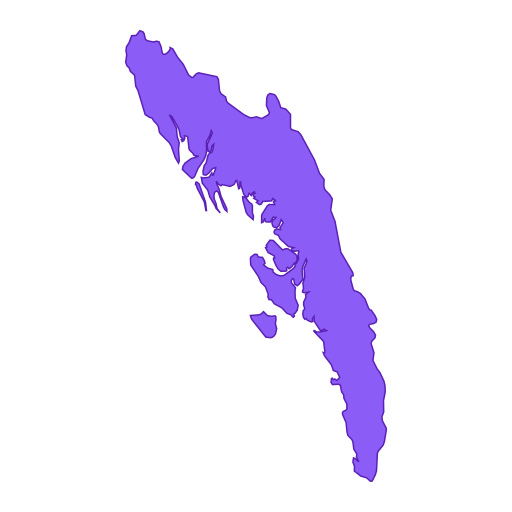 Rakhine, Robinson projection
{"feature_id": "MMR-3273", "entity_name": "Rakhine", "entity_type": "State", "adm_level": 1, "iso_a3": "MMR", "parent_name": "Myanmar", "parent_adm1": "", "projection": "robinson", "projection_center": [93.662, 19.414], "detail": "fine", "context": "isolated", "style": "filled", "palette": "violet", "viewbox_px": 512, "rotation_deg": 0, "n_neighbors": 0, "source": "natural_earth", "source_scale": "10m", "svg_char_len": 6086}
<svg xmlns="http://www.w3.org/2000/svg" viewBox="0 0 512 512"><path d="M163.4,54.3L165.3,54.2L167.6,52.6L169.4,50.5L170.3,48.7L170.1,47.6L172.8,48.9L177.6,57.3L183.3,64.4L188.6,75.0L191.8,77.5L193.0,77.3L196.3,73.8L198.5,72.8L216.9,76.7L218.4,79.4L219.5,90.5L220.3,92.4L221.1,93.8L225.6,97.0L226.4,100.8L227.7,102.8L243.6,114.5L249.5,117.5L252.0,117.8L256.5,116.8L261.7,118.6L268.3,114.8L269.5,112.8L266.4,105.5L266.8,97.7L267.9,94.9L270.0,93.5L274.4,94.6L275.8,96.0L278.6,101.1L280.8,107.7L285.7,109.0L290.5,114.4L290.5,127.7L291.4,129.5L298.1,131.7L300.8,134.6L314.5,160.0L319.5,173.3L324.1,179.4L323.8,186.3L325.0,189.8L329.9,194.9L332.3,199.0L330.7,210.2L335.0,221.3L340.8,252.1L352.8,272.7L353.2,275.7L351.6,276.1L350.9,277.4L350.8,280.0L353.2,289.1L354.4,290.8L357.3,291.6L360.4,293.4L365.0,299.0L368.5,308.0L370.0,310.1L371.2,310.1L375.3,316.1L376.7,319.7L376.0,322.3L373.2,323.7L370.1,324.1L368.7,325.6L369.5,327.5L373.7,331.8L375.5,335.1L375.0,337.8L372.0,341.0L371.0,343.2L374.0,352.8L372.9,360.5L377.2,369.0L379.9,372.5L384.0,381.3L385.0,385.8L385.2,392.0L383.5,400.7L383.7,412.0L382.0,416.5L382.0,418.2L382.5,421.0L386.3,428.3L386.3,430.2L384.4,441.6L383.1,445.2L378.2,451.3L377.4,453.3L376.5,470.7L375.4,474.6L372.2,481.0L370.5,481.3L366.6,477.8L360.8,476.1L354.3,471.0L354.5,466.3L352.9,462.1L353.5,457.9L355.1,458.5L358.8,461.9L356.4,456.6L356.9,454.2L353.8,449.1L352.9,441.9L351.9,439.6L347.9,435.4L347.0,432.0L346.1,422.6L342.7,414.8L342.4,413.2L343.0,411.6L345.9,410.2L346.9,409.0L346.8,403.9L344.0,398.5L343.6,394.7L341.6,391.8L340.3,385.2L338.7,384.2L332.5,384.6L331.0,382.4L331.5,378.5L332.3,378.2L333.3,379.6L334.8,379.0L337.0,380.4L339.7,377.3L337.1,371.9L333.3,370.5L331.5,365.0L324.5,355.8L323.2,352.5L324.5,352.9L324.9,351.8L323.6,341.5L314.0,331.4L314.0,330.6L314.7,330.6L316.5,332.0L320.0,332.0L326.5,330.6L323.9,329.1L321.6,330.9L320.1,330.2L314.4,321.5L314.0,316.3L312.5,318.7L312.7,321.5L311.2,321.9L307.2,320.1L306.1,318.5L304.8,319.3L303.4,317.3L302.8,314.0L303.2,310.8L304.8,308.8L303.6,304.9L303.7,302.0L306.0,297.0L305.5,294.7L308.7,292.1L304.2,292.8L302.6,292.1L302.5,291.3L303.5,288.3L302.9,283.1L304.8,277.4L304.1,268.2L306.4,263.1L306.8,260.6L306.1,258.9L302.6,267.0L302.1,270.2L302.9,279.2L299.2,284.2L297.2,285.7L294.7,284.2L293.7,279.2L292.6,278.6L291.2,280.7L291.6,283.1L295.5,287.8L295.0,290.9L295.2,298.2L298.2,305.3L297.2,310.3L295.0,313.3L293.7,313.9L294.4,316.3L293.1,317.3L290.9,314.8L286.9,313.3L281.9,307.9L274.3,303.8L271.4,299.7L269.0,299.6L267.9,296.9L268.2,294.4L265.5,287.0L260.9,282.3L258.3,276.3L250.7,265.0L250.4,258.5L251.0,256.9L254.8,254.2L257.0,254.4L258.4,257.0L262.5,257.4L264.4,260.8L265.0,263.3L263.5,264.9L267.7,268.1L272.7,269.5L273.2,272.2L276.3,274.6L280.3,275.9L283.9,275.5L293.0,268.8L295.0,266.5L295.0,264.1L296.3,263.4L298.5,259.2L298.2,253.6L298.9,251.4L298.2,250.7L294.6,251.3L292.4,250.9L291.5,249.7L292.0,248.4L293.7,247.6L288.4,246.5L280.1,238.9L278.4,235.4L274.8,233.8L274.0,232.1L274.7,230.1L276.4,229.0L280.6,229.5L280.0,227.6L283.2,222.7L281.2,219.6L279.0,225.7L276.9,227.5L274.0,227.2L273.0,226.3L271.9,223.2L272.8,219.9L275.0,218.7L276.0,217.5L273.1,217.1L270.4,222.0L266.1,221.9L264.9,220.8L264.9,218.1L263.0,222.1L261.6,222.7L261.6,215.5L262.1,214.1L267.3,205.9L269.1,204.5L274.7,204.6L273.5,202.1L273.9,201.1L275.4,200.9L274.8,199.9L272.7,198.5L271.7,200.9L262.6,201.5L261.5,203.9L259.6,204.7L256.4,202.4L258.2,200.9L253.7,198.3L255.0,197.0L253.5,196.2L253.1,194.9L253.5,193.7L255.0,193.3L254.4,191.8L252.2,193.2L251.2,195.5L249.1,193.3L247.8,196.7L246.8,197.0L244.6,195.5L243.7,194.1L240.8,184.6L240.7,181.9L240.0,181.9L239.7,188.3L238.7,188.8L236.7,180.4L236.1,180.4L234.0,184.5L230.2,186.4L222.3,184.6L221.0,185.8L218.2,184.0L216.4,181.2L216.6,183.4L219.0,188.8L221.0,196.3L226.7,208.5L226.9,211.4L224.9,209.6L223.4,206.8L218.3,192.3L216.7,190.9L214.6,192.3L213.9,195.6L214.3,199.3L216.0,203.4L217.0,208.4L220.3,212.9L216.1,208.5L214.9,205.5L209.8,197.0L207.8,190.2L202.3,183.1L201.3,177.4L203.1,177.9L208.2,177.4L209.4,176.8L211.8,172.9L212.5,175.2L213.2,175.2L215.7,168.3L215.7,167.6L212.7,168.5L208.7,173.2L205.9,175.2L203.3,174.6L203.0,171.1L204.3,165.3L206.0,163.4L208.1,155.1L209.6,153.2L211.9,152.2L212.9,149.7L213.8,144.2L212.0,145.8L211.1,150.2L209.9,151.8L208.3,151.5L207.2,146.6L207.3,144.2L212.4,133.0L211.2,130.6L210.0,135.1L206.4,141.8L206.6,151.1L205.7,155.9L203.7,160.1L198.1,168.3L194.5,176.7L192.8,178.1L191.5,178.2L182.4,169.5L183.0,166.2L185.0,163.1L191.2,158.6L198.7,156.3L194.0,155.4L192.8,153.2L189.6,150.1L189.0,148.7L187.7,137.2L186.6,136.1L184.4,135.9L184.8,138.4L183.7,140.7L182.2,141.6L181.2,139.7L183.1,139.0L180.5,136.8L179.1,129.7L177.6,126.5L172.1,116.9L169.4,114.8L176.4,128.0L177.2,136.6L179.2,142.7L178.5,149.5L179.3,160.9L178.5,163.1L175.3,157.7L171.1,145.6L169.1,142.5L160.3,133.6L159.3,131.8L158.4,126.7L157.2,124.6L153.7,120.8L152.1,118.1L149.8,117.5L145.2,114.6L138.0,90.6L135.7,86.0L134.7,76.2L134.2,74.8L130.3,71.3L129.2,68.0L126.9,65.7L125.7,62.2L126.7,55.1L126.0,50.7L126.5,46.7L129.2,42.5L131.6,35.7L136.2,35.4L139.8,30.7L142.9,31.8L144.1,33.6L145.4,39.2L147.2,40.7L153.4,42.0L156.6,41.2L159.0,41.8L160.9,46.2L162.3,53.0L163.4,54.3ZM296.9,255.9L297.1,259.7L296.4,261.8L294.0,263.4L291.8,266.7L289.1,268.8L287.8,267.2L286.6,267.9L286.8,270.6L286.0,271.1L280.9,271.3L278.1,268.9L275.8,265.1L273.4,259.2L273.6,258.1L274.5,258.1L274.7,257.4L273.9,255.6L268.1,252.6L265.5,247.6L266.9,247.0L266.2,245.3L269.9,240.2L273.3,240.5L282.5,249.9L286.1,248.6L288.3,249.0L295.5,254.1L296.9,255.9ZM275.4,323.8L276.7,328.7L275.5,333.8L274.1,335.9L272.1,337.4L270.4,337.7L265.8,337.1L251.7,319.3L250.4,315.5L259.3,314.8L261.4,313.8L263.5,311.6L267.5,315.7L271.7,316.3L275.1,315.8L275.8,316.6L276.0,319.3L275.4,323.8ZM252.4,212.9L253.5,216.2L253.1,219.6L247.8,214.9L246.2,212.5L243.0,200.4L242.6,196.8L244.5,197.0L246.4,198.5L249.1,202.1L251.8,204.1L252.4,205.7L252.4,212.9ZM199.1,183.9L205.5,202.1L206.5,210.6L205.9,210.6L204.3,201.9L197.1,188.0L196.5,185.5L195.5,184.5L195.8,182.3L196.8,182.0L199.1,183.9Z" fill="#8b5cf6" stroke="#5b21b6" stroke-width="1.5"/></svg>